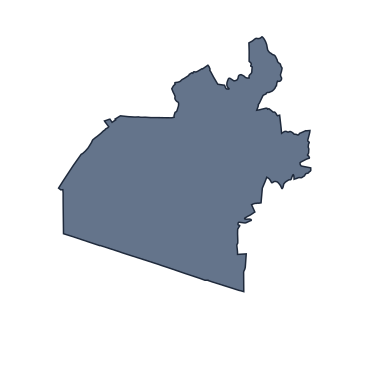 the district of Giong Rieng, Kiên Giang, Vietnam, rotated 155°
{"feature_id": "81297802B19779239086561", "entity_name": "Giong Rieng", "entity_type": "district", "adm_level": 2, "iso_a3": "VNM", "parent_name": "Vietnam", "parent_adm1": "Kiên Giang", "projection": "orthographic", "projection_center": [105.287, 9.934], "detail": "fine", "context": "isolated", "style": "filled", "palette": "slate", "viewbox_px": 384, "rotation_deg": 155, "n_neighbors": 0, "source": "geoboundaries", "source_scale": "gbopen_adm2", "svg_char_len": 5855}
<svg xmlns="http://www.w3.org/2000/svg" viewBox="0 0 384 384"><g transform="rotate(155 192 192)"><path d="M58.2,268.4L57.9,270.6L58.0,270.9L58.7,272.1L59.2,273.3L59.3,274.0L59.3,274.5L59.0,275.6L59.0,276.2L59.1,279.9L59.4,280.8L59.7,281.4L60.2,281.9L60.6,282.2L60.8,282.4L61.2,283.0L61.5,283.8L61.9,284.4L62.8,285.7L63.1,287.1L63.3,287.9L63.4,288.3L63.3,289.1L62.9,290.8L62.1,293.8L61.9,295.5L61.8,297.3L61.9,299.4L62.1,300.8L62.5,302.2L62.8,302.9L63.0,303.1L64.6,302.7L65.1,302.6L65.4,302.6L66.8,302.9L67.5,303.2L68.3,303.8L69.0,304.2L70.5,304.1L72.7,303.5L73.9,303.3L77.4,303.1L80.8,295.2L85.0,286.3L84.3,284.6L84.1,283.9L84.1,283.1L84.2,282.8L85.4,281.7L85.5,281.1L85.3,280.8L84.9,280.3L84.6,280.0L84.6,279.8L85.8,277.9L87.2,275.3L87.5,275.0L88.2,274.5L90.1,273.8L90.7,273.5L91.1,273.2L91.3,273.0L92.1,271.2L93.1,271.6L94.0,272.1L94.8,272.8L95.4,273.8L95.9,275.1L97.1,276.7L97.9,277.6L98.8,277.9L99.8,277.9L100.2,277.8L100.9,277.4L102.4,275.4L103.4,274.8L103.8,274.6L104.5,274.5L104.9,274.5L106.0,274.7L106.8,274.9L107.1,275.1L109.4,278.8L109.7,279.1L110.0,279.3L110.4,279.4L110.8,279.4L111.4,279.0L112.9,277.6L114.1,276.3L115.0,274.7L115.4,273.6L115.4,272.7L115.4,272.0L114.9,270.4L114.8,269.9L115.1,269.7L115.6,269.9L116.9,270.7L117.2,270.9L117.4,271.5L117.5,271.9L117.5,272.9L117.4,275.0L123.1,278.8L123.9,287.1L124.2,292.7L124.3,293.9L124.5,294.7L123.7,295.8L123.6,298.5L124.0,300.2L130.5,299.1L130.8,299.5L136.0,299.0L136.9,299.0L138.0,299.2L139.1,300.0L139.4,300.1L139.7,300.2L140.0,300.1L141.1,299.3L141.4,299.8L141.6,299.9L141.9,300.1L142.5,300.1L143.7,299.8L144.5,299.9L144.9,299.6L145.6,299.2L146.3,298.9L151.3,298.2L153.5,298.1L154.5,297.8L155.0,297.6L155.8,297.3L157.1,297.3L158.5,297.5L160.7,298.2L161.2,298.3L161.4,298.2L161.6,297.7L161.9,296.7L163.6,296.2L164.2,295.9L166.7,294.1L166.9,290.3L166.8,288.2L166.9,286.3L166.9,285.8L167.9,284.3L168.1,282.9L167.9,281.8L167.5,280.5L166.7,279.4L166.6,279.0L166.6,278.6L166.7,278.0L166.9,277.5L167.9,275.7L171.2,272.1L171.7,271.7L172.3,271.4L173.4,271.4L173.7,271.3L174.0,271.0L175.8,269.0L176.2,268.4L176.6,267.3L179.0,267.8L185.9,271.1L191.4,273.8L198.0,276.9L202.3,279.3L206.9,281.4L208.8,282.7L212.0,284.0L217.9,287.2L224.7,291.3L230.9,290.6L230.7,289.6L231.7,289.4L232.8,289.3L235.0,288.9L235.6,292.7L236.5,292.9L237.9,293.0L241.3,293.4L241.2,292.5L239.9,286.3L240.1,286.2L240.6,286.0L241.2,285.8L243.4,285.7L243.8,285.6L244.9,285.0L245.2,284.9L246.0,284.9L246.5,284.8L250.0,283.6L254.7,282.4L256.5,282.1L258.8,281.5L259.7,281.3L260.4,280.9L261.0,280.4L262.1,279.4L267.4,275.9L269.4,275.0L271.5,274.1L274.8,273.1L276.5,273.0L288.4,266.2L303.8,256.7L311.3,251.9L310.0,249.4L308.1,248.7L309.2,245.6L313.0,237.4L316.5,229.7L326.1,208.5L320.4,203.3L298.3,182.4L298.1,182.3L297.7,182.2L282.9,168.4L280.8,166.3L272.8,158.9L252.9,140.5L250.7,138.3L246.1,134.0L232.5,120.9L221.7,110.7L217.6,106.6L215.7,105.7L214.8,105.3L214.9,105.1L211.6,101.9L197.5,89.0L190.8,82.8L189.9,82.2L187.2,79.8L179.1,97.5L178.5,98.3L176.7,99.8L175.5,101.3L169.0,113.0L177.1,116.2L176.1,118.4L175.2,120.9L174.2,124.0L173.8,125.0L173.2,125.6L172.4,126.1L172.1,126.4L171.0,128.7L168.4,134.8L166.7,138.3L166.2,139.1L163.8,140.7L163.0,141.2L162.9,141.4L162.9,141.6L163.2,141.9L163.8,142.3L164.0,142.7L164.0,143.3L163.8,143.7L163.3,144.3L162.9,144.7L162.4,144.8L161.9,144.6L158.0,142.1L156.9,141.5L156.2,141.3L154.1,141.3L152.1,141.3L150.4,141.2L150.1,141.6L150.2,142.2L150.7,142.7L151.5,143.3L153.5,144.0L154.6,144.5L155.2,145.0L155.5,145.2L155.5,145.4L155.5,145.7L155.4,145.9L154.9,146.1L152.2,146.4L148.8,146.5L146.1,146.9L144.5,147.2L143.5,147.3L143.4,155.3L141.4,155.3L140.0,155.1L139.6,155.0L138.5,154.5L137.5,154.3L136.1,153.6L134.0,153.0L126.6,165.8L121.5,170.4L118.0,173.8L116.6,171.6L116.3,170.6L116.0,168.3L116.0,167.3L115.7,166.6L114.6,166.5L113.9,166.8L113.0,166.7L111.9,166.3L111.0,165.6L110.3,164.9L109.7,163.2L109.3,161.5L109.1,160.2L109.1,157.3L109.0,157.1L108.7,157.0L107.8,157.6L107.0,158.5L105.3,160.6L103.2,161.5L102.1,161.7L100.6,161.9L99.2,162.1L98.6,161.9L97.7,161.5L97.2,161.5L96.3,162.0L95.8,162.7L93.6,164.7L93.1,164.9L92.9,164.9L92.8,164.7L92.9,163.8L93.3,162.3L94.1,160.4L93.5,160.4L91.7,160.1L89.6,160.0L88.8,159.8L87.1,158.8L86.5,158.7L86.0,158.7L85.1,158.9L83.7,159.0L83.1,159.2L81.9,160.1L81.4,160.3L80.9,160.5L80.3,160.4L79.1,160.1L78.6,160.1L78.2,160.2L77.3,160.7L75.9,160.9L75.2,161.4L74.7,162.5L74.2,163.7L82.0,169.4L82.3,170.7L82.3,171.4L82.1,171.9L81.8,172.8L80.7,173.1L79.4,173.2L74.4,173.4L71.4,173.1L71.0,173.7L71.0,174.1L71.1,174.5L71.1,175.3L71.2,175.5L71.6,176.0L71.8,176.3L71.7,176.7L71.5,176.9L71.2,177.0L69.9,178.0L69.6,178.5L68.5,180.6L68.1,181.2L67.8,182.1L67.8,182.7L67.7,183.6L67.4,184.2L66.8,185.1L66.6,185.6L66.3,186.0L65.1,187.0L64.8,187.4L64.8,187.7L64.9,188.1L65.4,188.9L65.4,189.5L65.1,190.2L64.8,190.6L63.9,191.6L61.7,194.3L60.1,196.3L59.1,197.9L62.6,199.2L63.0,199.5L68.9,199.6L69.8,199.7L70.6,199.1L71.0,198.9L71.9,198.9L72.2,199.1L72.5,199.4L73.3,200.3L74.9,201.1L75.1,201.3L75.2,202.2L75.6,202.6L75.7,203.1L76.6,204.5L77.5,205.4L78.0,205.5L79.6,205.6L79.8,205.7L81.1,207.2L81.5,207.4L82.3,207.7L83.0,207.7L86.0,207.3L84.0,212.9L80.1,224.6L82.3,225.0L82.6,225.9L82.7,227.5L83.0,228.8L83.2,229.3L83.6,229.7L84.5,230.0L84.8,230.3L85.6,232.1L87.1,235.0L88.5,235.1L88.7,236.3L89.6,236.7L96.1,238.0L98.8,238.7L96.2,241.3L95.4,242.2L95.1,243.0L94.9,243.3L94.5,243.5L93.6,243.9L87.3,249.1L86.5,249.6L85.8,249.6L84.2,249.6L83.4,249.6L82.8,250.2L82.6,250.3L82.4,250.3L81.6,250.3L80.2,249.7L77.3,249.6L76.6,249.6L74.6,250.2L72.6,251.2L72.2,251.6L71.4,252.4L71.0,252.5L70.6,252.5L69.3,254.6L68.8,255.2L67.7,256.3L67.3,255.9L66.9,255.7L66.2,255.4L65.2,255.3L64.7,255.4L64.0,255.7L63.1,256.5L62.8,257.1L62.6,257.7L62.7,259.2L62.4,260.6L62.1,261.1L59.8,263.7L58.2,265.9L58.0,266.4L58.0,266.9L58.2,267.6L58.2,268.4Z" fill="#64748b" stroke="#1e293b" stroke-width="1.5"/></g></svg>